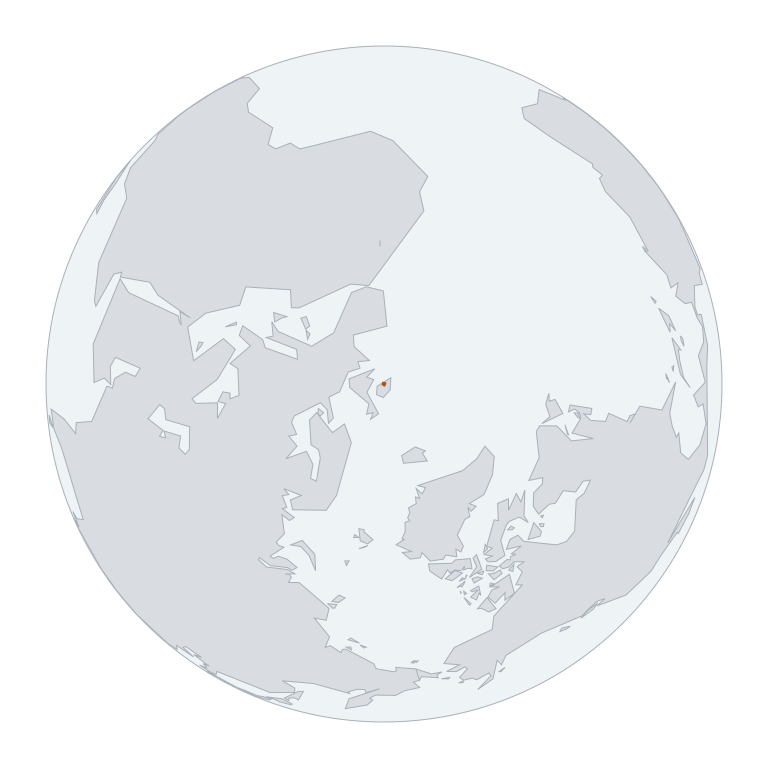 North Tipperary on an orthographic globe, rotated 177°
{"feature_id": "IRL-724", "entity_name": "North Tipperary", "entity_type": "County", "adm_level": 1, "iso_a3": "IRL", "parent_name": "Ireland", "parent_adm1": "", "projection": "orthographic", "projection_center": [-8.01, 52.847], "detail": "fine", "context": "on_globe", "style": "filled", "palette": "amber", "viewbox_px": 768, "rotation_deg": 177, "n_neighbors": 0, "source": "natural_earth", "source_scale": "10m", "svg_char_len": 11116}
<svg xmlns="http://www.w3.org/2000/svg" viewBox="0 0 768 768"><g transform="rotate(177 384 384)"><circle cx="384" cy="384" r="338" fill="#eef3f6" stroke="#a8b0b8"/><path d="M101.5,569.5L95.5,559.8L80.9,533.2L62.3,483.0L63.4,477.7L61.0,466.8L69.0,466.1L69.5,444.9L67.3,436.5L63.6,437.0L58.8,405.5L60.7,384.9L64.6,295.5L69.1,281.4L75.5,270.4L109.0,210.4L79.5,254.6L86.4,238.7L98.0,219.2L98.9,220.6L116.6,198.1L127.3,182.9L153.2,160.7L182.7,151.3L174.8,158.2L182.8,155.8L193.2,147.2L198.1,142.2L239.8,127.0L276.4,106.6L281.4,97.5L285.4,102.2L290.7,83.8L306.4,74.0L292.6,87.0L294.2,90.0L306.9,83.8L311.3,85.7L319.9,84.0L324.0,87.0L315.6,95.1L318.1,97.3L326.9,93.0L336.6,93.7L323.3,99.7L338.8,101.7L327.7,117.2L288.8,133.2L286.4,146.5L256.4,176.1L262.9,176.6L255.7,189.1L260.6,194.6L253.6,199.1L263.5,199.7L269.0,194.6L275.1,193.3L278.5,196.2L270.2,202.3L267.3,201.7L266.6,205.1L261.1,207.0L265.7,207.7L255.3,215.2L270.5,212.4L266.3,222.2L258.1,226.0L252.6,219.5L220.0,214.3L210.0,217.2L201.3,227.2L198.1,258.3L189.7,264.5L182.8,277.3L190.3,276.4L198.3,266.1L210.6,268.1L219.0,256.0L225.2,255.3L236.4,245.9L241.4,254.1L240.2,267.4L231.2,275.9L230.4,282.2L244.4,280.1L232.9,302.3L234.4,328.7L230.7,334.1L213.6,333.1L199.9,317.4L177.8,318.6L198.8,325.1L189.2,339.5L190.4,345.2L194.9,349.0L201.2,346.5L199.3,353.3L177.8,348.7L179.1,342.5L186.0,343.8L179.4,336.8L164.8,335.0L161.1,343.0L143.1,333.7L140.2,339.5L134.6,341.1L140.4,332.2L129.6,348.4L107.8,343.5L92.6,370.9L100.2,339.8L98.5,327.5L95.0,315.5L92.2,319.7L91.3,299.8L84.0,292.8L71.7,306.7L64.4,327.5L66.4,347.3L71.4,344.7L75.4,356.7L63.1,369.0L68.5,395.7L62.5,409.5L62.9,424.5L67.9,433.9L72.5,449.5L79.0,448.5L88.1,456.4L84.9,469.7L92.5,464.9L95.8,478.3L115.8,502.1L113.4,503.2L129.8,538.0L152.8,564.5L158.1,578.0L154.9,581.2L164.0,589.3L164.3,592.9L205.3,622.4L230.1,641.8L231.9,652.7L216.1,655.8L213.6,669.9L188.4,658.0L190.0,660.6L188.9,659.9L168.8,644.5L149.9,627.7L132.4,609.5L116.2,590.1L101.5,569.5ZM87.4,378.0L94.1,415.3L85.8,402.4L88.2,403.0L87.4,391.6L84.5,374.9L78.5,364.3L87.4,378.0ZM100.4,375.8L98.8,370.4L101.0,374.7L100.4,375.8ZM199.6,139.8L192.9,146.9L181.9,154.3L186.9,148.1L199.6,139.8ZM221.2,127.6L219.3,131.0L210.6,132.4L214.3,130.0L221.2,127.6ZM284.1,90.9L277.9,94.7L282.4,90.5L284.1,90.9ZM320.4,83.3L320.7,81.7L325.1,81.6L320.4,83.3ZM232.9,242.1L234.6,244.0L231.6,244.7L232.9,242.1ZM236.1,236.4L231.5,236.0L232.4,233.2L235.2,233.5L236.1,236.4ZM335.3,86.1L342.2,86.7L333.8,87.5L335.3,86.1ZM241.7,237.7L234.5,228.5L236.1,223.8L248.2,221.2L241.7,237.7ZM345.2,87.9L361.8,89.8L364.1,86.3L367.1,97.8L351.9,92.0L341.2,93.4L346.5,90.5L345.2,87.9ZM269.2,191.7L263.6,197.3L265.2,190.0L269.2,191.7ZM268.7,187.4L264.7,168.1L274.7,161.7L274.0,169.3L284.5,159.3L291.3,165.7L287.1,172.6L279.3,175.3L287.9,175.8L268.7,187.4ZM366.1,104.2L368.9,106.0L364.4,105.7L366.1,104.2ZM277.7,192.2L276.0,188.6L284.5,182.8L289.5,188.9L285.1,188.8L277.7,192.2ZM283.9,153.8L291.1,150.8L298.6,155.0L302.4,154.5L292.3,165.3L283.9,153.8ZM284.9,191.6L291.8,192.2L290.8,197.7L279.9,195.3L284.9,191.6ZM284.7,178.8L289.0,176.5L288.2,179.7L284.7,178.8ZM291.3,218.5L289.1,214.0L293.4,210.5L291.3,218.5ZM294.4,192.1L294.7,190.2L296.1,188.4L300.4,190.0L294.4,192.1ZM298.3,167.7L300.0,170.3L302.9,163.5L308.6,166.7L300.8,173.5L306.6,171.9L308.4,173.0L300.0,177.4L298.3,167.7ZM308.9,186.3L301.0,196.6L304.2,205.5L300.5,208.8L296.0,193.9L308.9,186.3ZM304.4,180.6L306.4,184.8L300.8,186.6L296.0,184.8L304.4,180.6ZM315.3,166.7L308.5,159.9L310.4,158.7L315.3,166.7ZM311.0,188.5L312.8,186.1L311.8,189.0L311.0,188.5ZM315.2,172.9L312.5,170.6L314.8,169.3L315.2,172.9ZM318.8,183.2L316.2,186.4L312.9,185.2L318.8,183.2ZM318.0,178.2L321.8,176.9L313.2,182.8L316.5,177.3L318.0,178.2ZM317.8,172.0L318.3,170.5L318.6,173.2L317.8,172.0ZM332.9,186.3L322.9,194.0L315.5,191.1L326.3,184.0L332.9,186.3ZM644.2,168.4L659.7,188.8L662.6,192.7L664.9,196.7L674.8,212.4L675.6,213.3L696.3,255.0L696.4,255.3L696.7,256.0L700.6,265.9L696.0,257.1L701.4,272.9L697.6,265.6L691.4,264.3L697.2,287.4L708.9,335.6L716.2,357.2L717.7,376.4L705.3,365.8L694.5,350.5L693.4,361.5L677.9,361.9L660.8,396.3L655.4,394.1L652.8,403.5L641.5,409.3L632.1,404.5L626.6,412.5L650.8,424.7L656.4,415.9L656.9,397.6L662.9,404.6L673.5,400.6L672.3,439.2L642.0,503.0L634.2,488.6L586.0,462.8L584.7,455.7L584.3,455.1L583.4,454.2L584.0,466.8L574.1,460.2L605.1,484.5L612.4,497.8L641.7,504.6L640.1,509.4L648.1,507.8L667.7,476.7L668.8,482.4L662.6,520.1L631.2,583.0L632.6,597.5L625.7,613.4L600.0,639.0L596.2,645.8L582.0,656.9L577.1,661.2L564.8,669.5L537.5,685.0L508.9,698.0L508.3,698.2L511.1,696.8L502.6,697.3L492.9,685.5L505.9,671.4L505.1,662.6L481.7,645.7L487.2,629.1L479.7,624.4L465.0,629.5L455.8,623.2L446.4,624.8L384.2,637.1L362.4,626.5L329.4,588.9L338.5,574.0L335.1,554.8L394.0,483.1L412.1,485.5L464.9,464.4L472.5,465.0L472.4,483.0L516.9,488.2L524.0,470.2L558.2,464.1L577.1,451.2L572.9,417.2L542.0,437.7L530.6,426.3L550.4,397.2L576.5,379.4L572.9,374.5L551.3,373.9L552.1,358.4L543.2,372.7L550.7,375.3L545.3,384.6L538.2,382.9L538.7,377.3L529.4,380.1L529.1,407.0L536.7,412.5L515.4,429.0L526.0,440.1L522.0,449.6L502.8,434.6L500.7,426.4L469.1,413.2L469.4,423.1L499.2,436.6L492.2,437.6L492.8,452.1L486.8,441.9L454.2,425.5L431.6,437.7L411.7,477.0L396.6,482.0L379.8,477.0L378.0,441.6L412.0,434.5L411.9,422.9L397.3,408.2L408.9,407.7L407.1,401.1L419.2,397.7L428.7,378.6L439.8,373.7L436.3,352.8L441.5,347.7L442.1,361.3L448.5,368.6L475.3,356.8L478.3,350.5L473.9,338.2L481.8,336.9L474.1,326.5L485.9,314.5L465.0,320.8L459.2,307.5L462.3,293.5L456.6,290.5L451.5,313.5L452.8,321.9L460.0,327.0L460.3,351.9L452.7,359.0L438.1,338.1L425.6,346.2L419.7,327.2L437.3,275.1L448.3,260.9L481.9,263.2L483.5,273.1L472.3,277.0L489.4,284.7L484.8,278.6L491.4,277.9L487.5,265.8L492.0,264.8L480.6,255.3L485.6,252.7L492.8,258.8L491.3,239.7L499.9,231.8L497.4,228.1L492.4,226.3L506.6,218.1L504.1,215.7L498.5,217.5L490.0,214.1L480.4,205.2L485.9,202.8L490.0,205.7L507.0,208.6L517.4,217.2L518.6,215.4L511.0,207.4L490.2,203.8L482.9,199.1L492.6,199.4L488.5,198.9L486.6,195.9L489.8,190.9L479.1,190.1L450.6,162.8L454.0,151.1L465.8,153.8L451.6,134.4L456.5,124.1L451.3,125.5L441.0,118.0L439.4,121.1L436.1,121.3L408.9,105.2L406.7,100.1L389.2,96.1L386.5,97.0L387.1,100.4L367.1,97.8L364.1,86.3L370.3,84.7L364.2,79.1L379.3,76.6L388.9,72.4L408.9,73.8L414.8,70.9L411.7,69.1L417.4,64.4L439.7,61.8L435.3,71.5L404.4,79.8L418.2,76.7L419.1,79.9L426.6,80.5L435.9,78.5L434.5,76.7L470.4,88.7L501.1,92.9L489.0,85.0L489.4,80.7L513.8,81.8L565.9,105.7L566.9,102.8L572.2,105.2L582.9,113.0L575.5,109.5L579.3,114.3L573.5,111.5L588.2,123.8L580.5,120.4L595.7,132.2L598.5,131.5L588.4,121.4L604.8,133.8L604.5,129.7L613.1,135.9L641.2,164.9L644.2,168.4ZM380.6,521.5L380.6,527.8L380.6,521.5ZM609.1,375.1L621.5,361.6L607.3,349.4L610.9,343.4L604.7,341.7L606.2,348.6L589.9,342.7L592.1,330.8L586.2,324.2L581.8,328.6L580.3,351.5L603.7,359.8L604.5,370.8L609.1,375.1ZM116.6,502.7L118.6,508.0L115.1,504.3L116.6,502.7ZM82.4,405.9L84.9,411.6L85.4,416.5L83.1,413.1L82.4,405.9ZM109.1,450.4L113.1,457.3L107.9,452.4L109.1,450.4ZM95.6,420.8L105.8,445.3L96.0,437.3L90.0,421.9L95.5,429.2L95.6,420.8ZM94.5,381.3L95.6,385.7L93.7,387.2L94.5,381.3ZM101.9,379.0L101.1,377.9L101.6,374.1L101.9,379.0ZM190.5,339.7L192.1,340.3L195.6,345.2L191.9,345.0L190.5,339.7ZM223.6,355.5L219.8,366.2L219.9,358.2L214.0,359.6L206.9,345.2L228.5,336.2L220.0,342.6L223.6,355.5ZM203.4,324.2L205.5,333.9L202.4,323.7L203.4,324.2ZM385.5,370.5L392.0,373.8L391.0,382.1L376.8,390.0L378.2,377.8L385.5,370.5ZM401.5,376.7L391.0,354.6L399.3,349.4L396.4,355.9L403.0,354.7L400.1,365.0L418.4,382.3L418.7,390.9L392.4,399.7L400.9,391.8L394.0,388.9L401.5,376.7ZM349.3,313.0L344.8,304.9L368.7,303.8L370.1,311.6L356.1,319.5L346.2,315.0L349.3,313.0ZM264.5,235.5L261.3,233.6L263.5,231.7L268.2,231.9L264.5,235.5ZM289.9,216.7L281.1,242.6L277.0,241.5L276.8,258.8L265.7,262.8L266.2,251.4L257.6,267.8L253.5,259.1L248.9,270.8L251.1,244.9L247.2,238.2L255.8,244.0L266.1,240.3L269.3,236.7L275.6,221.8L272.2,206.4L281.9,200.8L289.6,201.0L291.9,203.9L284.9,206.5L293.0,208.5L284.6,214.4L289.9,216.7ZM374.5,214.8L365.4,215.2L380.3,222.9L372.0,227.8L374.2,228.4L370.6,235.3L370.2,244.8L365.5,246.0L367.4,249.2L365.0,254.0L366.0,259.0L358.0,263.0L358.5,269.6L354.4,267.8L357.4,278.0L351.6,272.3L348.0,278.4L355.6,280.8L310.0,293.4L295.5,304.2L286.5,316.6L277.7,305.8L280.4,287.8L289.8,268.5L305.1,260.1L298.4,257.1L303.7,252.3L306.8,256.7L305.2,247.2L310.4,244.5L318.7,229.2L313.2,217.9L316.1,212.3L320.9,215.4L320.4,207.7L331.4,209.9L333.8,206.0L347.0,204.7L354.8,213.5L356.9,208.5L367.0,207.7L374.5,214.8ZM336.7,186.2L348.0,194.8L349.0,202.0L325.6,201.4L321.9,204.6L307.0,205.1L305.8,194.9L310.2,195.6L314.2,194.0L313.0,197.8L316.9,193.6L323.1,194.6L327.8,191.6L330.2,195.2L336.7,186.2ZM477.4,456.3L482.6,455.3L490.0,451.7L490.5,461.1L477.4,456.3ZM455.1,445.6L459.3,443.1L463.6,454.0L458.1,455.4L455.1,445.6ZM457.9,432.7L459.1,442.1L455.3,437.8L457.9,432.7ZM445.6,358.5L449.6,355.4L451.5,357.9L450.9,363.0L445.6,358.5ZM416.7,240.9L411.4,239.5L411.7,237.4L403.2,229.1L408.7,225.2L415.9,228.6L416.7,240.9ZM569.8,426.1L566.5,435.6L562.7,434.8L564.6,431.6L569.8,426.1ZM528.2,450.9L539.5,449.4L528.2,453.5L528.2,450.9ZM421.3,235.2L417.2,232.2L422.4,232.2L421.3,235.2ZM412.2,221.9L417.8,220.9L408.4,223.7L412.2,221.9ZM625.5,620.3L628.3,616.8L641.3,598.6L654.2,582.2L661.8,569.2L662.0,573.4L641.1,603.3L625.5,620.3ZM716.8,357.7L719.8,362.6L720.0,370.5L716.8,357.7ZM669.9,203.9L669.0,202.4L662.1,192.1L669.9,203.9ZM462.1,201.1L467.8,216.6L475.5,226.0L485.6,228.2L473.9,232.1L462.0,217.6L462.1,201.1ZM451.5,167.5L442.7,166.3L444.7,162.9L447.0,162.7L451.5,167.5ZM447.4,169.6L440.0,175.6L433.9,172.4L441.0,168.2L447.4,169.6ZM431.1,204.7L432.4,209.4L428.0,209.2L431.1,204.7ZM562.8,97.5L560.4,96.5L553.7,92.3L557.2,94.1L562.8,97.5ZM529.4,79.2L551.1,90.9L568.1,101.5L565.8,99.6L575.1,105.4L575.1,106.2L558.7,96.0L546.9,88.8L539.2,85.4L526.9,79.4L520.4,78.0L513.2,75.2L515.4,74.5L529.4,79.2ZM518.1,77.8L502.4,75.0L492.4,69.2L493.6,68.5L505.0,72.1L509.6,74.8L518.1,77.8ZM495.7,72.8L499.9,75.7L485.9,81.4L480.5,81.3L485.9,73.0L490.2,75.4L495.4,75.3L495.7,72.8ZM371.2,104.3L369.1,105.9L368.5,103.7L371.2,104.3ZM435.4,123.2L430.9,123.1L430.4,120.2L435.4,123.2ZM418.0,121.4L421.7,124.7L415.5,122.2L418.0,121.4ZM430.4,132.1L422.1,126.5L433.3,130.5L430.4,132.1Z" fill="#d9dde1" stroke="#a8b0b8" stroke-width="1"/><path d="M385.0,383.4L385.1,383.5L385.3,383.5L385.2,383.6L385.1,383.8L385.1,384.0L385.2,384.4L385.3,384.5L385.3,384.8L385.3,385.0L385.1,385.5L384.8,385.6L384.6,385.7L384.4,385.7L384.3,385.9L384.3,385.7L384.2,385.6L383.9,385.2L383.7,385.0L383.4,385.1L383.2,385.1L383.0,384.9L382.8,385.0L382.5,385.0L382.5,384.9L382.4,384.9L382.4,384.7L382.4,384.4L382.4,384.2L382.5,384.1L382.6,383.9L382.6,383.7L382.8,383.6L383.0,383.4L383.0,383.2L382.9,383.2L383.0,383.2L383.1,382.9L383.3,382.7L383.5,382.3L383.5,382.2L383.8,382.1L384.0,382.3L384.3,382.4L384.3,382.5L384.3,382.8L384.2,382.9L384.2,383.0L384.1,383.3L384.1,383.5L383.9,383.5L384.0,383.8L384.1,384.0L384.2,383.9L384.2,383.7L384.2,383.8L384.3,383.8L384.4,383.7L384.5,383.6L384.6,383.4L384.8,383.3L385.0,383.4Z" fill="#f59e0b" stroke="#b45309" stroke-width="1.5"/></g></svg>